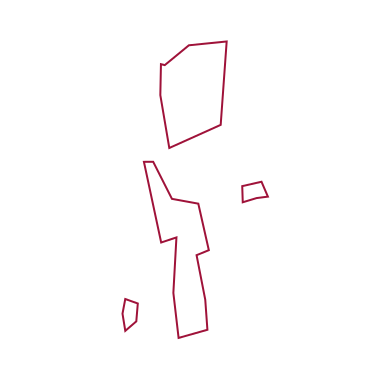 Angren city, Tashkent, Uzbekistan, rotated 110°
{"feature_id": "79887680B68716596189274", "entity_name": "Angren city", "entity_type": "district", "adm_level": 2, "iso_a3": "UZB", "parent_name": "Uzbekistan", "parent_adm1": "Tashkent", "projection": "albers", "projection_center": [70.1, 41.005], "detail": "fine", "context": "isolated", "style": "outline", "palette": "rose", "viewbox_px": 384, "rotation_deg": 110, "n_neighbors": 0, "source": "geoboundaries", "source_scale": "gbopen_adm2", "svg_char_len": 561}
<svg xmlns="http://www.w3.org/2000/svg" viewBox="0 0 384 384"><g transform="rotate(110 192 192)"><path d="M111.8,254.9L158.4,228.4L119.1,188.0L38.7,210.9L55.2,245.1L82.1,261.0L82.5,264.9L111.8,254.9ZM333.7,154.7L316.2,130.4L288.7,142.7L249.8,166.1L240.9,156.3L200.8,182.1L205.3,208.5L176.9,238.8L180.1,247.5L250.0,203.7L240.0,191.1L293.2,175.0L333.7,154.7ZM184.3,140.8L175.6,129.2L170.4,119.1L158.6,130.2L169.3,146.8L184.3,140.8ZM330.1,215.7L345.3,207.2L332.6,200.1L315.3,204.8L315.4,218.1L330.1,215.7Z" fill="none" stroke="#9f1239" stroke-width="2"/></g></svg>